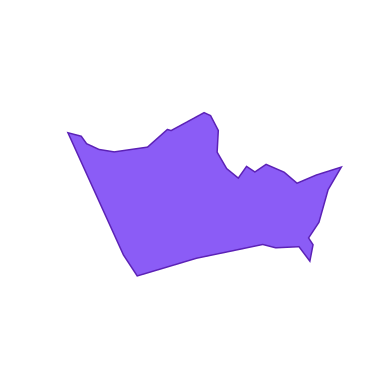 outline of Sequatchie, Tennessee, United States of America, rotated 122°
{"feature_id": "52423323B29805691728262", "entity_name": "Sequatchie", "entity_type": "district", "adm_level": 2, "iso_a3": "USA", "parent_name": "United States of America", "parent_adm1": "Tennessee", "projection": "natural_earth1", "projection_center": [-85.465, 35.357], "detail": "fine", "context": "isolated", "style": "filled", "palette": "violet", "viewbox_px": 384, "rotation_deg": 122, "n_neighbors": 0, "source": "geoboundaries", "source_scale": "gbopen_adm2", "svg_char_len": 557}
<svg xmlns="http://www.w3.org/2000/svg" viewBox="0 0 384 384"><g transform="rotate(122 192 192)"><path d="M117.4,216.7L118.3,223.8L151.0,242.3L152.0,246.0L177.5,253.5L199.2,279.2L205.2,293.4L206.9,307.0L203.4,315.5L207.5,328.6L281.7,216.8L292.2,194.0L245.7,153.0L199.0,104.2L195.0,91.5L181.7,72.3L188.2,55.4L172.6,61.4L169.2,68.8L150.4,68.3L117.9,77.8L91.8,78.6L111.6,95.5L128.9,107.6L126.4,124.3L129.3,143.8L141.7,149.3L141.4,159.3L155.7,160.1L153.8,175.0L144.9,191.8L125.9,202.3L117.4,216.7Z" fill="#8b5cf6" stroke="#5b21b6" stroke-width="1.5"/></g></svg>